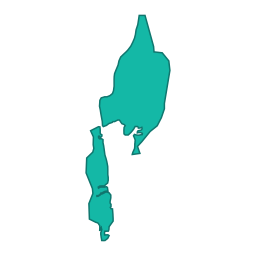 Aswan, Aswan, Egypt
{"feature_id": "37247803B76296882951531", "entity_name": "Aswan", "entity_type": "district", "adm_level": 2, "iso_a3": "EGY", "parent_name": "Egypt", "parent_adm1": "Aswan", "projection": "equal_earth", "projection_center": [32.878, 24.033], "detail": "fine", "context": "isolated", "style": "filled", "palette": "teal", "viewbox_px": 256, "rotation_deg": 0, "n_neighbors": 0, "source": "geoboundaries", "source_scale": "gbopen_adm2", "svg_char_len": 2980}
<svg xmlns="http://www.w3.org/2000/svg" viewBox="0 0 256 256"><path d="M139.9,153.4L137.5,146.4L141.8,141.7L150.1,131.5L157.2,125.8L161.4,117.6L164.4,108.8L164.4,103.4L169.9,70.4L168.8,60.9L162.2,52.8L154.0,51.9L153.6,46.5L145.0,15.4L143.3,15.4L141.2,15.4L140.9,15.4L139.2,15.4L138.6,19.4L137.8,24.6L136.1,29.8L135.4,34.7L134.9,36.6L134.5,38.2L132.8,42.2L130.8,46.2L127.8,50.1L126.3,51.7L123.4,54.4L120.7,57.0L119.9,58.8L119.0,60.8L118.1,65.0L115.9,70.3L114.6,73.6L114.2,76.6L114.1,79.4L114.1,86.2L113.5,90.7L112.5,93.5L110.0,95.6L107.0,96.8L106.6,96.8L105.1,96.8L104.7,96.8L101.2,97.9L99.9,100.3L99.5,106.2L100.3,109.9L100.9,113.9L102.3,121.6L102.5,125.5L103.3,126.6L104.6,126.1L105.7,125.7L106.5,125.4L108.8,123.6L112.3,122.4L112.9,121.6L113.0,121.6L114.6,121.6L117.8,120.0L119.5,120.1L120.5,121.7L121.9,123.7L124.1,124.5L125.2,125.6L124.1,127.4L123.9,130.2L124.0,133.9L125.2,135.0L125.3,135.0L128.2,135.0L130.9,132.5L132.0,131.2L133.6,129.2L135.1,126.5L137.5,126.5L138.4,127.5L138.4,128.1L140.2,128.0L141.8,127.3L142.1,128.7L141.6,129.8L140.1,130.4L138.1,130.7L137.3,131.9L137.3,132.9L138.4,132.6L140.7,132.6L142.4,133.4L142.2,134.6L140.6,134.8L138.7,135.2L137.3,135.1L136.5,135.0L134.4,134.4L133.5,135.8L134.3,137.6L135.2,140.0L135.0,142.0L135.0,142.7L134.8,143.9L134.8,146.3L134.8,146.5L134.5,148.7L132.9,152.2L132.2,154.4L132.2,154.5L139.9,153.4ZM99.9,126.9L98.5,126.7L90.6,130.7L93.4,136.9L93.2,144.8L93.8,148.3L92.8,152.1L86.7,158.0L86.1,172.9L92.4,188.5L92.9,193.5L88.9,203.6L89.4,219.1L92.8,220.8L95.8,222.3L97.6,222.8L98.0,223.2L98.5,223.7L98.7,224.1L99.7,225.6L99.8,227.1L99.8,227.4L99.8,228.1L99.7,230.3L99.8,230.3L100.3,230.0L100.3,228.3L100.7,227.9L101.2,227.4L101.2,227.5L101.3,227.8L101.8,229.7L101.0,232.1L100.8,232.6L100.8,234.1L100.8,234.4L101.2,237.4L101.5,238.9L101.7,240.5L103.5,240.6L105.0,240.5L107.7,238.4L109.1,235.6L107.9,234.8L105.6,234.9L104.6,234.9L104.5,232.9L104.8,231.3L108.4,231.1L108.9,229.6L109.1,226.7L113.1,221.1L113.1,218.6L112.9,214.2L112.5,208.9L111.0,208.7L110.3,207.3L111.0,206.7L111.0,204.4L110.9,204.4L110.1,203.0L110.1,201.5L110.3,200.4L110.6,199.0L110.8,197.8L110.8,195.0L109.0,192.7L108.0,192.4L107.1,192.1L105.7,192.1L104.0,193.0L102.7,193.7L101.6,194.1L100.8,194.2L100.1,195.1L99.2,195.6L98.2,196.3L96.9,196.4L96.9,195.6L98.2,195.6L99.4,194.9L100.4,193.9L101.0,192.9L102.2,192.9L103.3,192.1L103.7,191.9L104.8,191.4L106.4,191.1L108.0,191.4L107.4,187.4L106.3,186.7L106.2,186.7L104.6,187.1L104.0,187.1L102.5,187.1L100.5,187.1L98.5,188.1L98.2,187.1L99.6,186.1L101.3,185.9L104.1,185.9L104.4,185.9L106.0,184.3L107.6,183.1L108.2,180.3L108.2,177.4L107.8,174.6L107.8,174.4L107.8,171.6L107.8,169.8L107.7,166.3L106.8,161.6L106.1,158.8L104.9,154.9L104.1,148.9L103.9,147.6L103.7,146.0L103.0,142.7L103.0,139.6L101.7,138.8L99.5,138.8L98.6,137.8L98.6,137.6L98.5,136.3L99.1,136.0L100.5,137.6L101.9,136.1L101.9,134.8L100.5,134.0L100.2,132.8L100.2,129.7L100.0,127.7L99.9,127.2L99.9,126.9Z" fill="#14b8a6" stroke="#0f766e" stroke-width="1.5"/></svg>